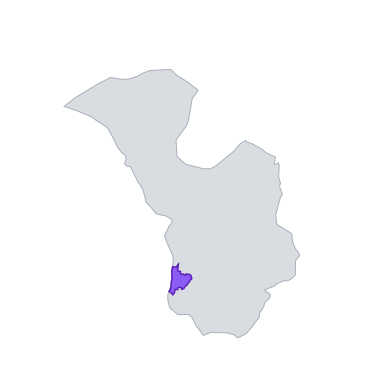 Ilukstes on a map of Latvia (Albers equal-area conic projection), rotated 53°
{"feature_id": "LVA-5749", "entity_name": "Ilukstes", "entity_type": "Municipality", "adm_level": 1, "iso_a3": "LVA", "parent_name": "Latvia", "parent_adm1": "", "projection": "albers", "projection_center": [26.129, 55.982], "detail": "fine", "context": "in_parent", "style": "filled", "palette": "violet", "viewbox_px": 384, "rotation_deg": 53, "n_neighbors": 0, "source": "natural_earth", "source_scale": "10m", "svg_char_len": 2736}
<svg xmlns="http://www.w3.org/2000/svg" viewBox="0 0 384 384"><g transform="rotate(53 192 192)"><path d="M272.7,279.5L270.6,279.2L264.8,276.9L259.8,273.5L256.9,269.0L251.8,262.9L248.5,259.7L243.2,255.7L234.6,247.6L231.5,245.7L216.1,242.1L210.6,240.4L205.6,231.2L204.0,225.8L201.6,224.8L198.8,225.9L195.8,226.9L188.8,233.0L186.5,233.8L182.2,233.8L172.2,234.9L167.7,232.5L159.8,229.7L155.6,229.2L151.8,229.1L135.0,226.0L131.8,228.5L128.7,228.9L125.9,224.6L122.2,223.3L118.0,224.5L110.4,224.3L101.6,222.5L90.3,220.9L88.6,221.2L75.7,225.9L72.5,226.5L58.2,234.8L46.7,242.6L46.4,228.8L49.1,201.3L51.7,187.8L59.7,180.4L63.8,174.5L66.5,166.4L67.7,158.8L69.6,152.6L81.4,135.2L89.8,133.8L101.4,129.4L114.2,125.9L116.4,131.3L117.4,135.5L132.0,151.0L135.6,156.2L140.9,173.5L154.8,182.7L166.2,180.3L171.2,176.3L180.4,168.8L184.6,163.2L185.5,157.8L184.6,134.4L182.4,124.2L183.4,117.9L184.9,118.3L188.8,115.3L201.2,109.9L203.6,109.7L206.4,108.6L214.2,104.5L216.7,106.8L218.7,109.4L219.9,109.4L220.4,108.5L220.3,106.8L220.8,105.6L223.1,106.3L231.9,113.5L235.4,115.1L237.7,115.6L240.5,118.9L248.2,121.2L249.1,122.9L249.7,125.0L256.9,134.0L260.2,138.5L266.6,142.6L269.4,143.5L280.6,139.2L283.7,137.8L286.3,137.7L289.0,139.9L295.0,142.7L300.5,143.6L301.5,143.4L306.1,143.6L307.8,144.7L309.0,150.4L314.3,154.8L319.3,158.4L320.6,160.1L321.1,163.4L320.9,167.3L320.3,169.4L318.3,171.7L316.6,177.6L316.5,183.2L313.9,193.0L314.5,193.1L320.5,191.2L322.2,192.2L323.6,194.3L324.1,200.3L326.2,203.0L328.3,207.2L329.0,210.5L333.0,214.4L333.4,216.9L336.0,225.9L337.1,231.1L337.6,235.1L336.6,240.2L335.7,243.7L334.4,243.5L331.0,244.5L325.5,248.9L317.5,258.9L315.5,261.1L313.5,268.6L313.0,269.4L308.1,269.2L306.8,269.0L302.0,269.2L291.4,267.4L287.4,268.8L282.1,276.4L280.0,277.5L273.8,278.6L272.7,279.5Z" fill="#d9dde1" stroke="#a8b0b8" stroke-width="1"/><path d="M246.7,258.4L243.0,255.9L240.0,252.4L240.6,251.8L241.7,251.1L242.0,250.5L242.1,249.8L242.6,249.3L242.4,248.8L242.2,248.5L241.7,247.7L241.6,247.3L241.4,246.3L244.9,249.5L245.3,250.2L245.9,250.8L246.4,250.7L247.6,249.8L247.9,249.5L248.6,249.0L249.3,249.5L249.8,250.3L250.2,250.5L250.7,250.4L251.5,249.6L252.1,248.8L252.3,248.3L252.7,247.9L253.2,248.0L253.6,248.2L254.5,247.4L254.5,246.7L254.0,245.8L256.7,243.4L257.2,243.2L258.2,243.1L258.8,243.5L259.8,243.7L260.7,244.1L261.0,244.3L261.2,244.7L261.4,245.0L261.3,245.5L261.1,245.8L261.2,246.4L262.4,248.5L262.5,250.0L262.9,251.3L263.4,252.1L263.2,253.7L263.7,255.5L264.3,256.9L263.5,258.7L262.1,257.8L261.3,258.9L260.2,259.7L260.0,260.9L260.7,261.4L261.4,262.1L259.6,264.0L262.1,267.0L262.6,269.2L260.2,269.4L258.9,269.6L257.6,270.2L256.6,267.9L255.6,266.3L251.5,262.8L249.0,259.9L246.7,258.4Z" fill="#8b5cf6" stroke="#5b21b6" stroke-width="1.5"/></g></svg>